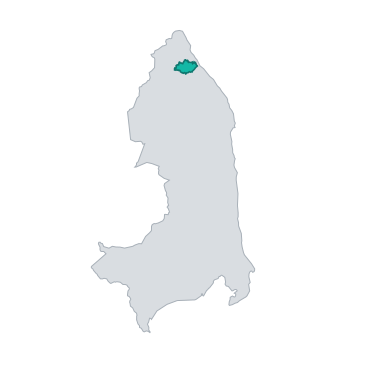 Arequipa, Arequipa, Peru shown in context, rotated 200°
{"feature_id": "86281439B2261503093987", "entity_name": "Arequipa", "entity_type": "district", "adm_level": 2, "iso_a3": "PER", "parent_name": "Peru", "parent_adm1": "Arequipa", "projection": "natural_earth1", "projection_center": [-71.496, -16.361], "detail": "fine", "context": "in_parent", "style": "filled", "palette": "teal", "viewbox_px": 384, "rotation_deg": 200, "n_neighbors": 0, "source": "geoboundaries", "source_scale": "gbopen_adm2", "svg_char_len": 7191}
<svg xmlns="http://www.w3.org/2000/svg" viewBox="0 0 384 384"><g transform="rotate(200 192 192)"><path d="M262.4,111.8L262.3,112.9L261.2,113.4L260.1,112.7L258.6,112.9L256.3,110.5L250.8,110.8L248.3,113.7L244.7,114.3L240.7,115.6L236.2,116.2L229.1,120.7L227.5,122.6L224.3,125.3L221.7,126.1L220.4,134.4L217.9,139.2L216.9,141.9L218.3,145.9L218.2,147.8L216.8,149.4L215.6,149.6L213.2,151.3L209.6,154.9L209.0,157.7L210.1,161.4L209.7,161.8L206.7,162.5L206.8,164.6L206.2,165.4L208.7,168.4L210.1,169.1L210.2,169.8L210.0,170.6L209.4,170.9L209.4,171.5L211.2,173.7L212.5,178.2L215.2,180.3L215.2,181.7L216.0,183.1L217.4,184.2L220.5,188.6L220.6,190.6L217.3,195.4L222.8,195.3L228.8,196.9L229.7,197.7L230.4,199.8L230.5,201.2L231.7,202.3L231.6,204.9L239.5,205.0L244.6,204.3L253.0,196.4L254.3,195.8L253.6,197.5L253.5,198.7L254.0,200.1L253.0,202.0L252.9,221.2L254.4,220.1L256.4,221.9L257.8,222.0L262.4,219.9L267.6,220.2L280.0,245.3L278.9,247.0L278.9,248.3L277.4,249.4L275.9,251.4L275.8,261.3L274.5,264.4L275.2,265.9L275.9,269.1L277.0,271.0L277.3,272.2L277.2,272.7L275.5,273.8L275.3,275.6L272.3,279.1L271.7,281.5L270.5,282.3L270.3,285.0L273.1,289.5L271.3,292.1L269.7,296.0L272.4,304.2L273.6,305.4L274.8,305.3L276.6,306.1L277.6,307.3L275.3,308.8L275.0,309.5L275.1,312.2L272.7,314.3L269.4,319.4L268.5,319.7L266.8,321.2L266.5,322.0L266.8,322.8L268.2,324.3L268.3,326.2L265.9,328.5L264.3,328.8L263.6,329.4L264.3,332.6L264.3,334.0L263.8,335.7L262.6,337.5L259.1,339.5L255.9,339.8L250.4,335.0L248.7,333.1L243.3,329.1L242.4,324.8L240.6,322.8L237.2,321.2L234.6,319.0L232.6,318.0L227.7,313.3L223.2,311.8L214.9,306.7L210.3,305.1L204.5,300.4L201.4,299.1L198.9,297.0L191.3,292.3L190.1,290.8L189.0,288.5L187.3,287.2L185.4,284.0L182.5,282.2L179.8,279.7L176.5,273.1L174.9,271.6L174.8,268.6L173.6,267.3L175.3,266.3L176.3,261.6L175.7,259.3L171.8,253.1L171.1,250.5L168.3,245.7L167.2,242.8L165.0,240.7L164.0,238.9L162.8,238.1L162.7,235.9L161.8,231.7L160.5,229.6L156.0,225.7L155.6,221.4L154.6,218.4L148.3,206.3L144.6,194.7L141.5,188.2L140.2,184.5L140.1,182.5L137.8,179.1L136.6,176.0L131.5,169.9L128.5,163.2L128.1,161.2L126.1,157.5L122.9,152.7L121.2,150.8L111.5,144.9L106.8,141.2L106.3,139.4L106.5,138.3L107.5,137.3L108.9,138.1L109.8,137.7L110.4,136.4L110.4,134.4L109.6,131.8L106.4,126.9L107.2,124.6L104.0,118.8L104.8,113.2L105.5,111.8L110.2,106.1L111.5,103.7L113.5,102.2L115.6,99.9L118.1,98.2L118.8,98.8L119.5,101.8L119.4,103.8L120.1,106.1L118.4,108.1L116.5,107.7L115.8,108.2L115.5,109.2L115.8,110.7L116.3,111.3L117.7,111.4L115.8,114.4L116.0,115.0L117.3,115.5L118.6,114.8L119.9,113.1L120.7,112.8L125.5,115.7L127.7,115.4L129.4,116.7L129.6,118.9L132.0,123.0L135.5,124.0L136.1,123.7L136.9,122.1L137.7,121.9L137.9,119.6L140.9,117.1L141.4,115.4L140.9,114.2L141.0,113.3L142.8,107.8L143.4,107.3L143.9,105.5L144.6,104.4L145.6,98.3L146.5,98.3L147.3,99.8L148.3,99.4L147.7,98.0L147.9,97.6L151.3,92.7L152.4,91.6L168.8,84.9L177.0,77.9L184.3,68.2L186.5,58.4L187.4,59.1L188.7,58.9L188.3,54.9L188.6,53.1L188.6,52.5L186.3,50.1L185.4,47.5L183.4,46.1L183.5,45.5L185.6,46.1L187.5,45.8L189.1,44.2L190.3,44.4L193.0,46.6L195.0,46.8L195.6,48.4L197.6,49.5L200.3,52.9L201.6,56.6L201.5,57.3L202.7,59.2L205.4,60.1L208.1,62.8L210.8,63.7L212.1,66.1L212.8,66.9L213.2,68.3L212.8,70.0L213.2,70.8L215.2,72.3L217.0,72.4L217.4,73.1L218.3,77.1L217.7,79.1L218.0,80.3L220.3,81.3L220.9,82.1L222.7,82.3L225.3,81.5L228.5,82.7L231.0,82.2L232.1,81.9L233.3,81.0L234.3,81.1L236.8,78.5L237.5,78.3L240.2,79.4L242.4,81.2L245.2,80.8L246.4,79.7L248.4,79.1L252.1,81.3L252.9,82.3L253.9,82.5L257.8,84.7L258.5,85.6L260.6,86.4L261.0,87.1L260.9,87.9L251.7,104.5L254.5,105.9L257.2,105.0L258.6,106.1L259.6,108.8L261.7,110.7L262.4,111.8Z" fill="#d9dde1" stroke="#a8b0b8" stroke-width="1"/><path d="M250.4,301.5L250.2,301.4L250.1,301.2L250.1,300.9L250.1,300.7L249.8,300.7L249.7,300.7L249.7,300.8L249.6,301.0L249.3,301.0L249.2,300.9L249.0,301.0L248.8,301.2L248.7,301.2L248.4,301.3L247.9,301.3L247.7,301.4L247.4,301.5L247.1,301.8L246.8,301.9L246.7,301.8L246.7,301.6L246.4,301.6L246.2,301.6L245.9,301.6L245.8,301.9L245.6,302.0L245.5,301.9L245.4,302.0L245.2,302.1L244.9,302.1L244.7,301.9L244.2,301.5L244.2,301.4L244.1,301.1L243.9,301.1L243.7,301.0L243.4,300.8L243.1,300.8L243.0,300.7L242.9,300.7L242.7,300.7L242.3,300.6L242.2,300.7L241.9,300.6L241.7,300.8L241.6,300.7L241.4,300.6L241.2,300.7L240.6,300.7L240.6,300.9L240.5,301.0L240.4,301.0L240.2,301.5L239.9,301.7L239.6,301.5L239.3,301.5L239.2,301.5L238.9,301.6L238.8,301.4L238.8,301.2L238.7,301.2L238.4,300.7L238.2,300.7L238.1,301.0L238.2,301.3L238.2,301.6L237.9,301.6L237.8,301.8L237.8,302.0L237.7,302.0L237.5,302.3L237.4,302.3L237.2,302.4L237.0,302.5L236.9,302.5L236.7,302.6L236.7,302.8L236.4,302.9L236.3,303.2L236.2,303.4L236.0,303.5L235.9,303.9L235.7,304.1L235.4,304.3L235.1,304.2L234.9,304.1L234.7,304.2L234.3,304.1L234.2,304.1L234.1,304.3L233.8,304.5L233.7,304.6L233.5,304.9L233.3,305.2L233.2,305.1L233.0,304.9L232.9,304.9L232.9,305.1L233.1,305.2L233.1,305.4L233.0,305.6L232.9,305.8L232.6,306.4L232.5,306.6L232.3,306.9L232.3,307.1L232.1,307.3L232.1,307.5L231.9,307.8L231.8,308.1L231.6,308.5L231.5,309.0L231.4,309.1L231.4,309.4L231.4,309.5L231.4,309.8L231.2,310.0L230.9,310.7L230.8,310.9L230.5,311.3L230.4,311.5L230.2,311.9L230.3,311.9L230.2,312.1L230.3,312.2L230.4,312.4L230.4,312.5L230.5,312.5L230.8,312.6L231.0,312.6L231.2,312.8L231.3,312.9L231.5,313.0L231.4,313.1L231.5,313.2L231.7,313.3L231.8,313.3L231.9,313.5L232.0,313.7L232.0,313.8L232.3,313.9L232.3,314.0L232.4,314.3L232.5,314.4L232.8,314.3L232.8,314.2L233.0,314.3L233.2,314.5L233.3,314.5L233.4,314.4L233.4,314.5L233.5,314.4L233.6,314.5L233.8,314.6L234.1,314.7L234.2,314.8L234.3,314.5L235.4,312.7L235.9,313.4L235.9,314.5L237.5,313.2L237.8,313.2L238.2,313.1L238.5,313.2L238.8,313.2L239.0,313.1L239.2,312.9L239.3,312.9L239.6,312.9L239.7,313.0L239.7,312.9L240.0,313.1L240.3,312.9L240.4,313.0L240.5,313.1L240.5,313.3L240.6,313.6L240.8,313.8L240.8,314.0L241.0,314.2L241.3,314.2L241.5,314.2L241.7,313.9L241.7,313.7L241.8,313.6L242.0,313.8L242.3,313.6L242.5,313.7L242.8,313.5L243.0,313.6L243.1,313.8L243.3,313.9L243.4,314.0L243.6,313.9L243.8,313.7L244.0,313.4L243.8,313.3L243.9,313.0L244.0,312.9L244.0,312.6L244.1,311.8L244.1,311.7L244.3,311.6L244.3,311.4L244.3,311.2L244.5,310.9L244.5,310.7L244.6,310.3L244.6,310.1L244.5,309.6L244.5,309.4L244.9,309.3L245.1,309.3L245.2,309.5L245.4,309.5L245.7,309.4L246.0,309.5L246.0,309.4L246.4,309.4L246.5,309.3L246.6,309.2L246.8,309.2L246.9,309.3L247.0,309.3L247.2,309.2L247.3,309.2L247.2,309.3L247.3,309.4L247.3,309.5L247.6,309.7L247.7,309.8L247.8,309.8L248.0,309.9L248.2,309.6L248.4,309.6L248.5,309.5L248.5,309.3L248.4,309.1L248.4,308.9L248.3,308.7L248.2,308.6L248.3,308.4L248.3,308.2L248.2,308.1L248.3,307.9L248.2,307.7L248.3,307.5L248.2,307.4L248.2,307.2L248.1,306.9L248.5,306.8L248.7,306.7L249.0,306.5L249.0,306.4L249.3,306.3L249.5,306.4L249.7,306.1L249.9,305.7L250.0,305.6L249.8,305.5L249.7,305.5L249.7,305.4L249.8,305.2L249.9,304.8L249.8,304.7L249.7,304.6L249.7,304.3L249.7,304.2L249.7,303.9L249.5,303.7L249.4,303.6L249.4,303.4L249.5,303.5L249.6,303.4L249.6,303.1L249.7,302.9L249.9,302.7L250.0,302.7L250.3,302.7L250.5,302.7L250.4,302.4L250.5,302.1L250.4,301.9L250.3,301.6L250.4,301.5Z" fill="#14b8a6" stroke="#0f766e" stroke-width="1.5"/></g></svg>